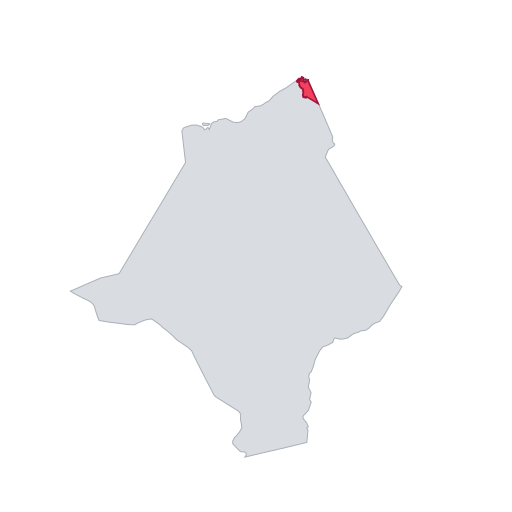 Lunga Lunga, Coast, Kenya (highlighted), rotated 211°
{"feature_id": "3690345B53478860661951", "entity_name": "Lunga Lunga", "entity_type": "district", "adm_level": 2, "iso_a3": "KEN", "parent_name": "Kenya", "parent_adm1": "Coast", "projection": "albers", "projection_center": [39.245, -4.434], "detail": "fine", "context": "in_parent", "style": "filled", "palette": "rose", "viewbox_px": 512, "rotation_deg": 211, "n_neighbors": 0, "source": "geoboundaries", "source_scale": "gbopen_adm2", "svg_char_len": 7035}
<svg xmlns="http://www.w3.org/2000/svg" viewBox="0 0 512 512"><g transform="rotate(211 256 256)"><path d="M115.2,305.0L115.0,299.0L115.8,283.8L115.6,270.4L116.3,263.7L119.6,259.5L121.1,256.4L122.1,252.1L123.9,248.6L127.8,245.7L128.5,244.1L132.6,239.3L135.1,233.2L137.0,231.1L139.3,229.2L141.0,228.1L143.7,227.1L145.8,226.5L146.2,226.0L146.4,225.0L145.7,221.3L146.6,220.0L148.0,217.5L149.7,215.1L151.2,213.6L152.0,212.0L152.4,209.4L152.5,207.5L152.4,204.4L151.9,197.4L150.1,191.5L149.0,185.0L149.8,182.8L148.3,179.0L147.7,178.8L146.5,177.9L145.0,174.3L143.9,171.0L143.2,170.2L138.5,167.3L136.1,160.6L133.4,159.1L131.9,152.3L131.6,150.4L133.1,143.6L132.9,142.1L131.3,140.7L126.9,139.2L123.2,136.5L123.7,135.5L123.9,134.5L122.0,133.8L116.4,122.4L123.5,115.4L130.7,108.3L139.8,99.4L148.3,91.3L155.5,84.2L162.0,77.9L161.9,79.1L161.9,80.7L162.7,81.6L164.1,82.3L166.0,81.6L167.6,80.6L169.2,80.4L179.0,83.0L180.7,85.2L180.6,87.7L181.0,89.4L180.3,91.2L179.5,96.6L179.7,101.6L182.7,105.2L185.3,108.1L187.4,112.1L189.0,113.3L191.1,114.0L197.9,114.1L207.8,114.3L217.4,114.5L218.3,114.6L220.4,115.2L229.2,120.6L237.3,125.6L244.2,129.9L250.8,134.1L257.3,138.2L262.3,141.6L267.2,142.6L275.3,143.1L280.8,143.3L285.9,144.7L293.6,146.1L299.3,146.7L302.7,147.5L312.2,148.3L313.8,147.8L318.0,144.1L322.7,137.9L324.6,134.5L330.7,131.2L341.4,126.5L348.9,123.2L357.3,119.9L361.1,122.8L366.4,127.4L368.7,129.7L370.6,130.7L373.5,131.4L377.0,131.4L378.9,131.3L382.7,130.8L391.8,130.2L397.0,130.3L392.6,136.4L387.4,143.8L377.7,157.3L370.3,164.4L364.8,169.8L364.3,170.7L364.3,176.8L364.3,191.5L364.4,221.0L364.4,250.5L364.5,280.0L364.5,294.8L364.5,299.8L369.3,306.0L374.0,312.1L380.2,320.2L383.6,324.5L384.1,325.9L383.9,328.8L378.8,334.8L374.6,337.6L368.9,338.9L367.2,338.6L365.0,337.7L364.1,339.2L363.5,341.4L362.2,341.0L361.3,340.3L361.8,344.3L362.4,346.3L361.5,349.0L358.8,351.3L358.5,353.3L352.6,358.4L344.2,359.0L339.7,361.5L337.8,363.6L336.2,368.2L336.8,375.3L334.4,380.7L334.0,383.4L329.6,386.9L327.7,390.1L326.3,393.4L325.0,394.9L323.5,402.2L321.5,406.7L321.0,408.2L320.5,409.5L318.9,412.1L317.9,413.9L317.1,415.1L312.0,426.6L308.0,431.7L304.9,431.2L302.8,433.2L302.6,434.1L301.5,433.6L298.8,431.7L293.5,427.8L288.1,423.9L282.7,420.0L277.3,416.1L271.9,412.3L266.5,408.4L261.1,404.5L255.7,400.6L252.6,398.3L251.2,397.0L250.1,394.3L249.5,393.6L248.1,392.8L246.4,392.6L245.9,392.1L245.9,390.8L246.5,388.9L248.5,385.4L248.7,383.3L248.3,380.9L247.7,377.1L247.1,376.2L243.5,374.2L236.0,370.1L228.5,365.9L221.0,361.7L213.5,357.6L206.0,353.4L198.5,349.3L191.0,345.1L183.5,341.0L175.9,336.8L168.4,332.7L160.9,328.5L153.4,324.4L145.8,320.3L138.3,316.1L130.8,312.0L123.2,307.9L120.4,306.3L117.8,305.0L115.2,305.0ZM364.9,345.0L363.6,345.4L364.3,343.3L368.2,340.8L369.7,341.4L370.0,341.9L370.0,342.5L369.3,343.0L364.9,345.0Z" fill="#d9dde1" stroke="#a8b0b8" stroke-width="1"/><path d="M281.0,418.6L299.1,431.2L300.7,432.3L301.5,432.9L301.6,433.2L301.9,433.2L302.0,433.5L302.4,433.6L302.5,433.5L302.5,433.4L302.4,433.3L302.3,433.2L302.2,433.0L302.2,432.7L302.3,432.3L302.4,432.1L302.5,432.0L302.5,431.9L302.6,431.7L302.7,431.3L302.7,431.2L302.9,431.1L303.0,431.1L303.1,430.9L303.3,430.8L303.5,430.8L303.6,431.0L303.8,430.9L304.0,431.0L304.1,430.9L303.8,430.6L303.6,430.6L303.6,430.4L303.4,430.2L303.2,429.8L303.2,429.7L303.3,429.7L303.5,429.8L303.6,430.0L303.9,430.1L304.0,430.2L304.4,430.1L304.4,430.3L304.5,430.2L304.9,429.9L305.1,429.8L305.2,429.7L305.3,429.7L305.5,429.7L305.6,429.8L305.9,429.7L306.0,429.7L305.8,430.2L305.8,430.4L305.8,430.5L305.7,431.0L306.0,431.0L306.0,431.4L305.9,431.3L305.7,431.4L305.7,431.5L305.6,431.9L305.8,432.0L306.0,432.0L306.3,432.2L306.7,432.2L307.0,432.1L307.4,432.2L307.8,432.4L308.2,432.5L308.7,432.5L308.9,432.4L309.1,432.3L308.8,431.7L308.7,431.3L308.6,431.1L308.5,430.8L308.5,430.7L308.9,430.7L309.0,430.5L308.8,430.4L309.0,430.4L308.8,430.3L308.6,430.1L308.5,430.4L308.4,430.3L308.4,430.2L308.5,430.1L308.4,429.8L308.4,429.6L308.3,429.4L308.1,429.3L307.9,429.2L308.0,429.0L308.1,428.9L308.0,428.7L308.1,428.8L308.3,428.9L308.5,428.9L308.5,429.0L308.4,429.0L308.5,429.1L308.9,429.0L309.0,429.0L309.3,428.9L309.3,428.5L309.4,428.4L309.7,428.6L309.8,428.6L309.8,428.4L309.8,428.2L309.7,427.8L309.8,427.8L310.2,428.0L310.3,427.8L310.3,427.7L310.5,427.7L310.6,427.8L310.6,428.0L310.8,428.0L310.9,428.3L311.0,428.4L311.1,427.9L311.3,427.6L311.3,427.3L310.8,426.5L310.5,426.8L310.1,427.2L309.9,427.2L309.7,427.2L309.6,426.9L309.4,426.8L309.4,426.7L309.1,426.9L308.8,426.8L308.6,427.0L308.4,427.1L308.1,426.7L307.9,426.3L307.9,426.1L307.7,425.9L307.8,425.7L307.7,425.6L307.4,425.5L307.2,425.5L307.0,425.4L306.9,425.1L307.0,425.0L306.7,424.8L306.6,424.6L306.7,424.4L306.4,424.3L306.2,424.4L306.1,424.0L305.9,423.9L305.7,423.9L305.6,424.0L305.4,423.8L305.2,423.8L305.0,423.5L304.9,423.6L304.7,423.4L304.3,423.3L304.2,423.4L303.8,423.5L303.6,423.4L303.4,423.6L303.2,423.4L303.2,423.2L303.0,423.3L302.9,423.1L302.7,423.1L302.4,423.0L302.1,423.2L301.9,423.3L301.7,423.3L301.7,423.2L301.5,423.3L301.2,423.2L301.2,422.9L300.9,422.7L300.9,422.1L300.9,421.9L300.7,422.0L300.5,421.8L300.4,421.8L300.3,421.7L300.4,421.4L300.4,421.1L300.3,420.9L300.1,420.8L299.9,421.0L299.7,420.9L299.5,420.7L299.4,420.5L299.3,420.2L299.4,419.9L299.4,419.7L299.4,419.2L299.2,419.1L299.3,418.9L299.2,418.6L299.0,418.4L298.8,418.4L298.6,418.2L298.7,417.8L298.5,417.7L298.4,417.8L298.2,418.0L298.1,417.8L297.8,417.7L297.6,417.6L297.7,417.4L297.6,417.1L297.9,417.1L297.8,416.6L297.6,416.5L297.4,416.5L297.4,416.8L297.5,416.9L297.4,416.9L297.2,416.8L297.0,417.1L296.8,417.1L296.7,417.0L296.7,416.6L296.4,416.6L296.2,416.7L296.3,416.8L296.2,416.9L296.2,417.0L295.9,417.5L295.7,417.7L295.4,417.6L295.1,417.6L294.9,417.3L294.8,417.2L294.6,417.2L294.8,418.4L294.8,418.6L281.0,418.6ZM310.7,429.4L310.8,429.3L311.0,429.1L311.0,428.6L310.9,428.5L310.7,428.4L310.6,428.5L310.5,428.8L310.6,429.0L310.4,429.2L310.4,429.3L310.1,429.3L310.0,429.2L309.9,429.3L309.7,429.3L310.0,429.6L310.0,430.0L310.1,430.4L310.2,430.5L310.3,430.5L310.3,430.3L310.6,430.2L310.7,429.9L310.7,429.4ZM307.6,432.8L307.5,432.7L307.4,432.7L307.3,432.8L307.2,433.0L307.2,433.3L307.7,433.3L308.3,433.2L308.7,433.3L308.8,433.3L309.0,433.2L308.8,432.8L308.7,432.8L308.0,432.8L307.6,432.8ZM305.4,430.4L305.7,430.1L305.7,429.8L305.3,429.9L305.2,430.0L305.4,430.5L305.4,430.4ZM304.6,433.3L304.8,433.2L304.4,432.8L304.3,433.1L304.6,433.3ZM309.1,429.6L308.8,429.7L308.8,429.8L308.7,429.9L308.8,429.9L308.8,430.0L309.2,430.0L309.2,429.9L309.4,429.8L309.4,429.7L309.1,429.7L309.1,429.6ZM302.4,433.0L302.5,432.9L302.5,432.7L302.3,432.7L302.4,432.9L302.4,433.0ZM309.9,430.2L309.7,430.1L309.8,430.3L309.9,430.2ZM308.7,429.4L308.6,429.2L308.5,429.3L308.7,429.4ZM305.0,430.7L304.9,430.6L305.0,430.8L305.0,430.7ZM308.9,429.6L308.8,429.3L308.7,429.4L308.8,429.6L308.9,429.6ZM302.8,433.0L302.7,432.9L302.6,433.1L302.8,433.0L302.8,433.0ZM302.5,433.4L302.7,433.2L302.5,433.3L302.5,433.4ZM308.5,429.3L308.4,429.2L308.5,429.3ZM303.0,432.5L302.9,432.5L303.0,432.5Z" fill="#f43f5e" stroke="#9f1239" stroke-width="1.5"/></g></svg>